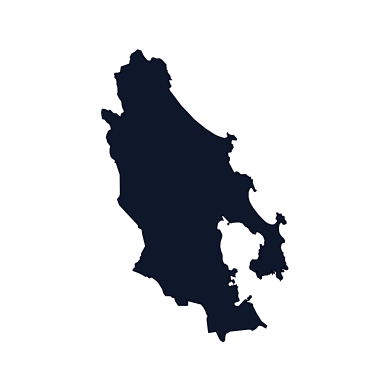 Song Cau, Phú Yên, Vietnam (Equal Earth projection), rotated 342°
{"feature_id": "81297802B65581648571900", "entity_name": "Song Cau", "entity_type": "district", "adm_level": 2, "iso_a3": "VNM", "parent_name": "Vietnam", "parent_adm1": "Phú Yên", "projection": "equal_earth", "projection_center": [109.244, 13.527], "detail": "fine", "context": "isolated", "style": "filled", "palette": "ink", "viewbox_px": 384, "rotation_deg": 342, "n_neighbors": 0, "source": "geoboundaries", "source_scale": "gbopen_adm2", "svg_char_len": 6099}
<svg xmlns="http://www.w3.org/2000/svg" viewBox="0 0 384 384"><g transform="rotate(342 192 192)"><path d="M177.1,342.8L178.0,340.2L179.4,337.6L180.7,336.7L185.1,335.8L203.3,339.6L206.4,340.8L206.7,342.0L210.5,341.2L213.1,339.5L214.8,339.2L217.1,340.3L220.2,343.7L221.4,342.3L217.6,336.6L215.3,327.3L214.1,319.3L214.6,317.6L214.2,317.0L213.2,317.4L212.7,315.6L212.1,315.8L211.6,315.0L210.3,314.7L209.9,313.7L210.2,311.6L209.4,311.2L208.3,311.6L201.9,315.3L200.6,315.5L198.1,314.4L196.7,312.3L197.4,310.6L198.3,309.7L202.1,309.9L203.2,309.4L203.1,307.2L202.3,306.2L203.2,305.3L203.4,303.7L204.4,302.4L204.5,298.1L205.8,296.3L204.8,295.8L205.3,294.4L203.8,294.6L203.0,293.7L202.0,294.6L200.9,293.7L199.7,294.2L197.9,293.2L197.3,291.5L197.5,290.5L199.3,288.8L200.2,289.1L201.6,288.6L202.9,288.9L203.4,291.3L204.1,291.2L204.4,290.3L204.2,288.5L202.3,288.7L201.3,287.9L201.7,284.3L202.8,283.2L204.0,283.2L205.3,284.9L206.6,285.6L206.5,284.6L207.9,282.2L210.1,281.6L209.9,281.2L210.4,280.0L208.7,278.3L207.4,278.3L206.2,279.8L203.8,278.8L202.5,277.7L202.0,276.6L202.5,275.6L202.7,273.6L201.5,271.7L200.6,272.0L201.1,271.4L200.2,270.9L199.5,268.9L199.4,266.0L200.9,261.4L200.8,256.6L201.3,252.5L203.1,248.1L206.4,243.4L206.9,241.6L206.3,236.9L204.6,236.0L204.0,234.8L204.2,233.7L206.5,229.3L210.6,227.2L212.7,228.1L212.2,224.0L213.5,223.4L214.6,223.8L218.9,232.6L220.2,233.3L220.7,233.0L227.5,234.7L230.9,237.0L232.2,240.5L234.8,243.5L235.5,246.8L237.3,250.1L239.3,251.3L241.0,249.2L242.6,250.0L244.7,252.5L246.4,255.6L246.7,257.2L246.7,260.7L245.6,262.7L245.2,264.7L244.2,265.5L242.6,265.9L241.4,265.1L241.4,263.5L240.8,263.2L240.1,266.0L240.2,268.4L239.4,268.9L238.7,268.5L238.7,267.8L238.1,268.0L237.7,270.2L236.4,271.6L236.7,272.5L236.1,274.3L236.6,274.6L236.2,275.6L235.2,276.1L235.0,275.5L233.9,276.6L232.9,277.0L228.4,275.4L225.9,277.3L225.3,279.0L223.8,281.4L223.7,283.1L227.7,287.7L228.4,287.9L228.6,287.4L229.6,288.2L229.6,289.4L229.1,288.2L228.3,289.0L228.3,292.7L228.5,293.4L229.4,293.9L230.4,295.8L231.1,295.5L232.1,293.4L233.3,292.6L234.0,293.2L235.6,293.1L237.8,293.9L238.5,293.8L239.1,292.8L240.1,293.9L242.3,292.8L242.9,293.1L243.2,294.1L243.6,293.0L244.2,293.0L244.7,294.2L245.2,294.4L245.4,293.5L244.3,292.8L243.7,291.5L244.1,291.0L246.2,291.6L247.6,293.7L247.9,295.1L246.7,296.8L246.6,299.1L247.3,300.4L248.1,300.7L248.8,302.6L249.1,301.6L249.7,301.7L249.9,302.6L250.4,302.6L251.6,301.4L250.9,297.4L251.6,295.4L252.7,294.8L253.6,295.7L254.5,295.8L254.5,295.1L253.0,293.9L253.2,292.4L254.2,292.0L254.7,292.8L255.6,293.2L255.7,293.8L255.9,293.2L256.6,294.0L256.9,293.4L257.7,293.9L257.8,294.6L258.3,294.5L258.4,295.0L259.0,294.8L259.1,293.7L259.4,293.8L259.4,292.8L258.4,292.4L258.7,291.8L258.2,291.9L257.9,290.6L258.8,289.5L258.9,288.2L258.2,287.5L258.6,287.1L258.8,284.8L259.6,282.9L258.8,280.6L258.9,278.9L259.6,278.2L258.7,276.6L258.5,272.5L260.0,269.6L261.0,268.5L262.2,268.0L264.3,268.1L264.8,266.8L264.3,264.5L263.1,262.9L261.9,258.9L262.0,256.0L263.0,252.5L264.7,249.4L267.0,247.8L268.5,248.3L268.8,250.4L269.4,251.0L271.7,250.7L272.0,249.2L271.0,246.6L271.7,244.2L269.7,242.6L269.7,240.7L268.5,241.0L266.5,238.4L266.0,239.1L266.3,240.8L264.2,242.8L264.0,243.8L265.0,245.6L264.2,246.8L260.7,248.9L257.9,248.4L256.4,247.6L253.9,245.6L251.9,243.1L247.6,234.4L244.7,226.1L243.7,221.9L243.2,218.5L243.5,214.4L245.1,209.5L247.1,206.8L248.8,205.6L249.7,205.5L250.8,206.3L251.7,210.6L252.2,210.8L253.2,210.3L252.3,209.2L251.9,201.9L253.0,199.3L251.6,199.0L251.3,198.0L251.8,197.7L251.9,196.2L250.5,195.9L249.9,194.3L248.9,193.8L248.8,192.8L247.5,193.0L247.8,192.0L243.0,190.7L242.8,189.4L241.6,187.5L240.7,187.9L240.3,186.8L238.3,187.7L237.6,187.0L235.5,175.6L235.7,174.1L237.0,173.5L238.0,170.8L236.9,169.6L237.7,166.1L238.3,165.1L241.5,165.6L242.1,164.6L242.1,163.1L242.7,162.9L243.5,163.3L244.1,161.9L244.7,162.0L244.4,161.0L245.0,160.0L243.6,158.1L245.1,155.0L246.4,154.2L249.7,155.8L250.3,155.9L250.6,155.3L248.8,151.3L246.2,150.4L244.6,148.7L244.2,149.0L243.9,147.3L243.5,147.7L243.9,150.3L241.9,151.5L239.4,151.3L238.0,150.6L233.7,147.4L230.7,144.5L224.2,136.5L216.3,124.3L207.9,106.7L201.6,88.5L201.6,86.8L202.1,85.6L203.8,85.3L204.6,84.5L204.0,82.6L204.1,80.8L203.7,79.0L205.0,77.9L206.6,78.4L206.2,77.6L206.6,75.5L206.4,74.2L205.1,70.5L205.7,68.8L204.8,67.3L205.7,66.1L205.4,65.1L206.4,63.0L203.7,57.2L202.0,55.4L199.2,54.8L196.5,52.5L195.3,52.7L193.9,54.5L192.8,54.8L191.2,54.4L189.7,53.3L187.6,48.2L186.7,42.1L184.1,40.3L180.6,41.8L177.7,42.3L175.2,44.7L175.0,45.5L175.5,46.7L174.1,47.8L172.4,51.2L163.6,51.4L161.1,56.3L158.7,56.4L155.5,55.6L155.0,56.0L155.0,57.8L154.3,59.1L155.3,60.8L155.3,61.8L154.8,64.8L154.1,66.2L154.3,68.5L152.8,74.2L151.6,76.3L152.4,81.0L153.5,84.0L152.6,88.1L152.5,91.0L152.9,93.6L152.6,95.3L149.4,96.2L148.4,97.4L148.0,99.3L147.3,99.4L144.8,96.1L144.1,94.4L141.3,93.4L139.1,89.0L137.3,89.5L134.7,86.9L132.8,86.0L132.0,86.2L130.7,88.9L129.8,94.4L132.0,96.0L132.9,99.1L134.7,101.3L135.3,104.6L134.8,108.1L132.3,108.3L131.2,108.9L128.8,111.7L127.6,113.9L127.8,115.9L127.4,118.0L129.1,123.1L128.6,124.6L127.7,125.6L126.5,129.1L126.2,132.8L126.6,134.4L129.4,138.4L128.3,139.9L129.2,140.7L129.3,153.3L123.5,171.8L122.1,174.1L119.2,176.0L119.1,178.6L119.4,182.0L130.9,206.7L130.5,209.2L133.2,212.0L132.2,217.8L131.5,228.1L131.3,229.4L125.3,235.0L124.6,237.3L122.7,238.3L122.4,240.5L120.7,241.1L119.1,242.5L116.5,242.8L115.8,243.4L114.9,246.6L112.4,247.5L112.0,248.4L116.6,252.1L119.8,255.2L121.6,257.5L123.5,257.9L124.9,260.2L127.0,260.1L128.0,260.7L131.5,265.7L132.6,268.3L134.3,275.2L134.2,279.5L135.0,282.2L139.7,283.8L141.3,286.2L142.9,286.7L143.1,287.8L142.8,290.1L144.2,295.4L152.2,298.1L152.8,298.0L154.0,293.5L166.3,301.3L167.8,305.0L168.6,309.4L168.6,312.8L169.3,315.0L167.5,316.9L167.0,318.6L164.7,330.4L164.9,330.7L172.1,331.7L173.3,340.4L173.9,341.9L175.3,343.6L176.0,343.6L177.1,342.8ZM215.9,310.2L215.8,309.0L214.8,308.9L214.1,309.8L212.4,310.1L212.3,311.6L211.8,312.1L212.5,312.3L213.5,311.8L214.1,311.0L215.9,310.2ZM216.4,234.1L217.1,233.7L217.2,233.2L216.2,233.5L216.4,234.1Z" fill="#0f172a" stroke="#020617" stroke-width="1.5"/></g></svg>